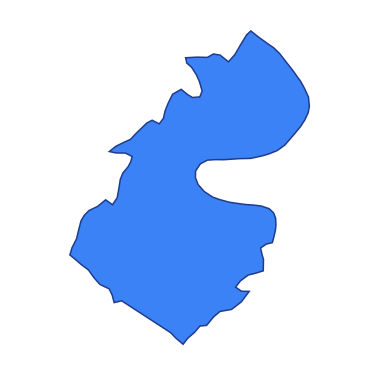 Pinheirinho do Vale, Rio Grande do Sul, Brazil, rotated 80°
{"feature_id": "56859067B54224488065456", "entity_name": "Pinheirinho do Vale", "entity_type": "district", "adm_level": 2, "iso_a3": "BRA", "parent_name": "Brazil", "parent_adm1": "Rio Grande do Sul", "projection": "robinson", "projection_center": [-53.643, -27.223], "detail": "fine", "context": "isolated", "style": "filled", "palette": "blue", "viewbox_px": 384, "rotation_deg": 80, "n_neighbors": 0, "source": "geoboundaries", "source_scale": "gbopen_adm2", "svg_char_len": 1661}
<svg xmlns="http://www.w3.org/2000/svg" viewBox="0 0 384 384"><g transform="rotate(80 192 192)"><path d="M43.6,106.1L46.7,110.9L55.8,118.9L64.1,125.9L70.1,133.5L62.1,140.5L59.8,146.9L62.1,153.5L60.1,163.3L58.7,174.9L64.1,174.8L69.0,170.8L77.4,167.3L84.6,165.5L94.3,164.5L99.7,167.8L99.0,175.2L95.1,179.6L89.0,184.8L92.3,194.1L100.2,199.9L107.6,204.5L114.4,207.3L119.2,212.4L114.4,218.8L116.2,224.5L120.4,230.7L125.2,237.8L129.5,243.5L131.3,250.5L133.8,259.2L137.8,266.4L140.3,260.2L142.1,250.9L146.6,244.8L151.7,247.1L156.0,250.5L161.3,256.8L167.3,260.5L175.3,263.2L184.7,266.7L190.7,272.5L184.7,278.4L189.8,287.5L192.4,296.7L196.2,302.1L201.3,306.4L210.1,310.4L218.0,313.8L226.0,319.8L232.8,323.2L238.3,318.5L244.8,313.2L250.8,307.5L259.4,303.4L267.0,298.8L273.0,290.4L279.6,288.5L287.4,287.9L287.0,280.1L326.8,237.5L333.2,233.2L340.4,227.2L335.2,221.5L330.7,213.9L325.4,207.5L325.9,200.8L318.8,192.5L314.5,185.2L314.5,173.5L308.8,162.5L299.8,152.9L298.3,160.5L293.2,165.6L287.8,159.6L283.5,150.9L283.0,143.1L282.0,135.5L270.9,133.3L265.3,133.9L259.1,134.2L256.2,127.9L255.8,121.6L250.5,119.2L244.2,116.5L238.8,115.0L232.3,114.2L226.9,115.2L221.8,118.9L217.8,126.3L215.5,133.8L214.0,140.1L211.8,147.2L208.6,156.9L204.4,165.8L200.6,172.6L193.6,179.9L185.6,184.8L178.4,186.1L171.9,184.8L165.7,178.8L163.3,171.2L164.2,163.3L165.7,155.2L166.4,148.8L167.4,139.5L169.1,128.5L168.6,116.3L167.9,109.9L166.0,100.9L162.0,92.6L156.6,85.9L152.0,80.3L146.9,74.3L140.9,68.6L134.4,64.0L128.4,61.6L118.8,60.8L109.3,63.3L101.6,65.9L96.2,68.6L90.6,71.2L83.5,75.0L71.0,81.6L64.4,86.3L58.9,91.9L51.3,99.3L43.6,106.1Z" fill="#3b82f6" stroke="#1e3a8a" stroke-width="1.5"/></g></svg>